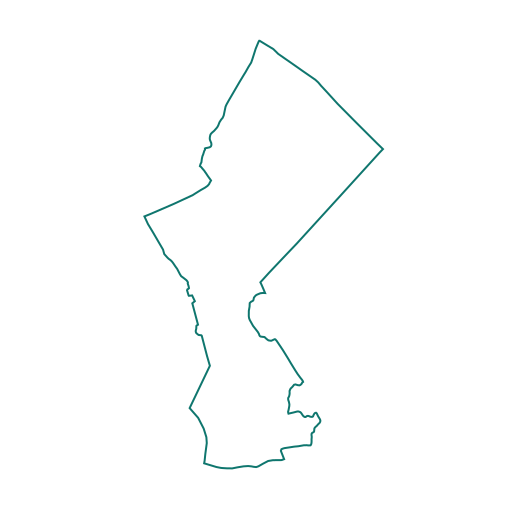 the district of Rach Gia, Kiên Giang, Vietnam, rotated 6°
{"feature_id": "81297802B54016933640468", "entity_name": "Rach Gia", "entity_type": "district", "adm_level": 2, "iso_a3": "VNM", "parent_name": "Vietnam", "parent_adm1": "Kiên Giang", "projection": "natural_earth1", "projection_center": [105.109, 10.025], "detail": "fine", "context": "isolated", "style": "outline", "palette": "teal", "viewbox_px": 512, "rotation_deg": 6, "n_neighbors": 0, "source": "geoboundaries", "source_scale": "gbopen_adm2", "svg_char_len": 3991}
<svg xmlns="http://www.w3.org/2000/svg" viewBox="0 0 512 512"><g transform="rotate(6 256 256)"><path d="M226.1,467.6L238.7,470.0L243.1,470.4L244.7,470.4L249.4,470.2L254.6,469.7L259.7,468.1L265.6,466.5L270.2,465.7L273.5,465.7L275.7,465.9L278.3,465.9L280.4,464.9L284.7,461.8L289.5,458.6L294.2,457.3L302.8,456.3L303.4,456.0L305.2,455.1L301.1,447.2L301.5,445.5L302.9,444.7L304.4,444.1L309.4,442.8L313.9,441.6L317.9,440.8L320.7,440.0L323.5,439.2L326.1,438.9L328.1,438.9L330.0,438.6L330.4,437.9L330.6,437.2L330.7,436.3L330.7,435.2L330.6,434.0L330.4,432.5L330.4,431.1L330.3,429.8L329.9,428.1L329.9,426.9L330.2,426.3L330.5,425.9L331.2,425.5L332.0,424.8L332.1,424.4L332.1,421.4L332.4,420.7L333.2,419.6L334.2,418.6L335.2,417.1L336.7,415.3L337.2,414.1L337.2,412.9L336.8,411.9L335.7,410.4L334.6,409.0L333.9,407.9L333.4,407.0L332.7,406.0L332.1,405.6L331.5,405.8L331.0,406.1L330.5,406.7L329.8,408.4L329.5,409.5L329.0,410.0L327.9,410.2L326.6,410.1L325.1,409.6L324.2,409.6L323.3,409.9L322.2,410.9L321.1,411.0L320.4,410.6L319.4,409.9L318.5,408.8L317.4,407.5L316.5,406.7L315.7,406.5L314.7,406.2L313.9,406.2L312.8,406.5L311.0,407.2L309.4,407.8L307.9,408.3L304.8,409.4L304.4,408.5L304.2,407.5L304.5,405.4L304.7,403.0L304.8,401.7L304.7,400.0L304.0,397.7L303.1,395.7L302.9,394.6L302.9,393.7L303.5,392.4L303.7,391.3L303.8,390.3L303.8,389.0L303.6,387.6L303.5,386.7L303.8,385.6L304.2,384.4L304.4,384.1L305.9,382.3L307.3,380.1L308.6,379.6L311.2,380.1L312.8,380.1L313.7,379.5L314.6,378.5L315.3,376.9L315.9,376.4L316.0,376.3L315.5,375.3L314.6,374.2L312.8,372.4L309.7,369.0L306.8,365.4L301.8,358.9L298.3,354.2L292.5,346.7L285.4,338.2L284.5,337.4L284.0,336.9L283.3,336.8L282.2,337.4L281.1,338.1L280.0,338.7L278.7,338.7L277.2,338.6L276.1,338.0L274.2,336.7L273.1,335.8L272.6,335.7L271.6,335.7L270.4,335.7L268.9,335.6L268.2,335.2L267.8,334.7L267.5,334.2L267.2,333.4L266.7,332.6L266.1,331.9L265.9,331.5L260.4,325.8L256.5,320.3L255.6,318.5L255.1,316.5L254.6,311.3L254.9,307.0L254.7,304.1L254.7,303.4L255.4,302.6L255.9,302.0L257.3,301.1L257.9,300.5L258.1,299.5L258.3,297.6L259.2,296.2L259.9,295.2L261.1,294.3L264.2,292.6L266.8,292.0L268.9,291.9L266.9,288.2L264.4,283.8L263.1,281.7L270.8,271.2L283.2,255.0L295.6,238.9L297.5,236.3L336.3,183.6L368.2,140.1L371.1,136.4L364.7,131.4L341.9,113.0L321.1,96.0L309.1,85.3L303.0,80.0L299.8,76.9L296.7,74.6L289.8,70.8L282.3,66.7L278.4,64.5L257.0,52.7L251.6,48.4L245.6,45.6L239.9,42.9L237.2,41.6L236.7,41.6L236.3,42.3L235.4,45.2L234.0,50.0L232.8,55.9L231.8,60.7L231.0,64.1L228.8,68.6L226.2,74.6L225.5,76.0L221.5,84.5L215.2,98.5L212.5,104.5L210.8,108.5L210.1,110.7L209.7,114.7L209.2,119.6L208.4,122.1L207.1,124.0L205.7,126.8L204.9,129.8L204.3,131.4L203.5,132.8L201.2,136.0L199.4,137.9L198.4,139.2L198.0,140.1L197.8,141.3L197.7,142.4L197.7,143.7L198.0,145.2L199.0,147.1L199.6,148.1L199.9,149.2L200.0,149.7L200.0,150.5L199.7,151.7L198.6,152.7L196.1,153.6L195.1,153.8L194.0,154.4L194.2,154.9L194.2,155.3L194.2,155.5L193.6,156.8L193.3,158.2L192.8,160.7L192.3,162.3L192.1,163.9L192.0,165.0L191.9,168.6L191.3,170.0L191.1,171.0L190.9,171.9L190.8,172.5L192.2,173.3L193.4,174.5L195.3,176.3L195.8,176.8L196.6,177.8L197.7,179.0L198.5,180.0L199.9,181.7L203.4,185.6L202.7,187.1L202.1,188.5L201.9,189.3L200.5,191.3L198.1,193.4L194.3,196.1L188.4,200.7L186.8,202.0L169.1,212.6L146.0,225.6L140.9,228.3L145.2,235.5L150.8,242.9L162.9,259.4L163.9,262.0L164.6,263.7L167.9,266.7L169.4,267.9L170.3,268.4L171.5,269.1L173.0,270.3L174.4,271.8L177.0,274.9L178.9,277.0L182.2,282.0L183.7,283.9L186.1,285.3L189.3,287.3L190.6,288.6L191.1,289.7L191.0,290.6L192.1,293.0L192.7,295.0L192.2,295.7L191.3,296.3L191.0,297.3L193.1,302.3L193.4,302.6L194.4,302.4L196.6,301.9L199.9,307.3L197.6,309.7L205.5,330.4L204.3,331.3L204.0,331.8L204.1,333.3L204.2,334.5L203.9,336.4L204.0,337.6L204.5,338.7L205.8,339.7L207.1,340.5L210.0,340.6L210.4,341.0L217.8,360.7L221.6,370.0L205.9,414.2L215.4,423.0L222.0,433.1L225.5,441.2L225.6,441.5L226.6,447.2L226.3,458.0L226.3,464.8L226.1,467.6Z" fill="none" stroke="#0f766e" stroke-width="2"/></g></svg>